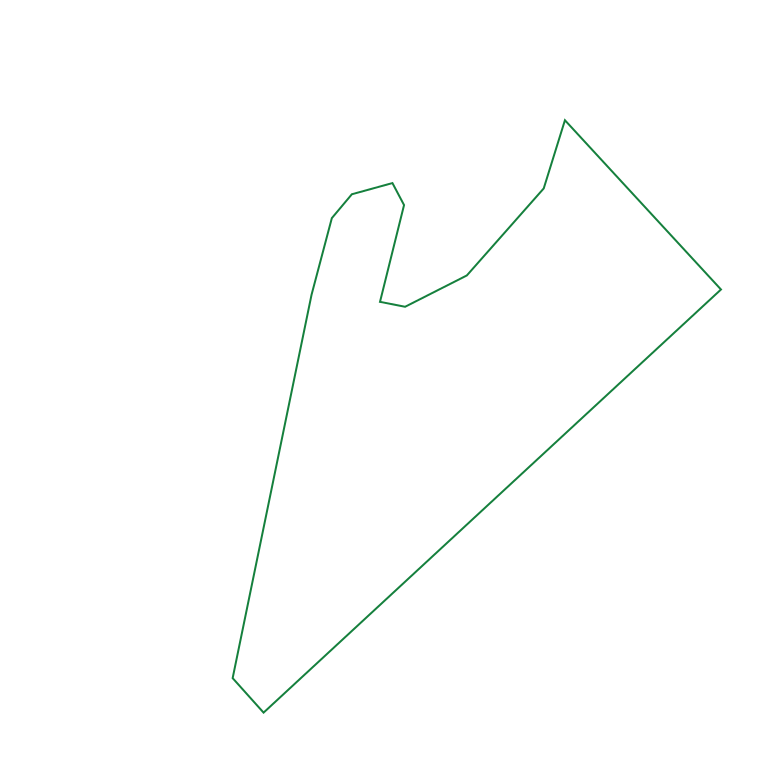 the border of Pointe Noire, rotated 47°
{"feature_id": "COG-5855", "entity_name": "Pointe Noire", "entity_type": "Region", "adm_level": 1, "iso_a3": "COG", "parent_name": "Republic of the Congo", "parent_adm1": "", "projection": "equal_earth", "projection_center": [11.852, -4.798], "detail": "fine", "context": "isolated", "style": "outline", "palette": "green", "viewbox_px": 768, "rotation_deg": 47, "n_neighbors": 0, "source": "natural_earth", "source_scale": "10m", "svg_char_len": 331}
<svg xmlns="http://www.w3.org/2000/svg" viewBox="0 0 768 768"><g transform="rotate(47 384 384)"><path d="M495.9,695.3L269.3,376.1L227.1,309.0L223.3,278.1L242.8,240.8L266.8,247.3L321.2,330.9L341.9,315.9L361.1,249.4L349.9,133.8L314.5,71.8L544.7,73.1L542.2,696.2L495.9,695.3Z" fill="none" stroke="#15803d" stroke-width="2"/></g></svg>